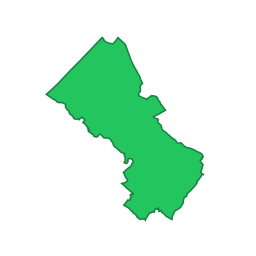 Bang Bo, Samut Prakan, Thailand, rotated 294°
{"feature_id": "78962969B88692242384139", "entity_name": "Bang Bo", "entity_type": "district", "adm_level": 2, "iso_a3": "THA", "parent_name": "Thailand", "parent_adm1": "Samut Prakan", "projection": "albers", "projection_center": [100.852, 13.588], "detail": "fine", "context": "isolated", "style": "filled", "palette": "green", "viewbox_px": 256, "rotation_deg": 294, "n_neighbors": 0, "source": "geoboundaries", "source_scale": "gbopen_adm2", "svg_char_len": 5806}
<svg xmlns="http://www.w3.org/2000/svg" viewBox="0 0 256 256"><g transform="rotate(294 128 128)"><path d="M185.8,62.5L181.2,60.8L179.4,60.2L179.0,59.9L178.6,59.9L174.9,58.5L170.2,56.9L158.2,52.3L153.8,50.8L151.2,49.8L149.4,49.2L147.8,48.6L146.1,48.1L144.7,47.5L140.9,46.3L138.6,45.4L125.7,39.8L125.5,39.7L124.4,45.3L124.3,46.6L123.9,47.5L124.0,48.6L123.8,49.7L123.9,50.6L122.8,53.2L122.9,53.9L123.7,55.8L124.4,58.1L124.4,58.8L124.2,61.1L124.1,61.4L123.4,61.8L122.9,62.0L121.9,62.1L121.5,63.0L120.4,63.9L120.3,64.3L119.9,65.3L119.5,66.8L119.4,67.1L118.9,67.5L117.9,68.1L117.2,69.0L116.9,69.7L116.7,71.3L116.1,73.1L115.5,73.6L115.3,74.3L114.8,74.5L114.6,75.1L114.6,75.7L114.9,76.5L115.0,77.2L115.7,78.4L115.9,78.9L115.9,79.2L115.6,79.9L116.3,80.1L118.4,81.2L119.1,81.5L118.8,81.7L118.3,84.2L118.4,84.5L118.1,85.3L114.6,84.6L114.4,85.7L114.4,86.2L113.9,87.5L112.9,89.8L112.6,89.8L112.3,90.5L111.8,92.0L111.0,91.7L110.9,92.1L110.4,92.1L110.4,92.3L110.4,92.8L110.4,93.1L109.9,93.7L109.5,93.6L109.3,93.2L109.2,93.1L108.9,93.1L108.6,93.3L108.8,94.0L108.5,94.8L108.4,95.0L108.7,95.4L108.7,95.5L108.4,96.0L108.3,96.5L107.9,96.9L107.7,97.3L107.9,97.9L108.1,98.6L107.6,99.0L107.3,99.5L106.7,100.0L106.6,100.3L106.6,100.8L106.6,101.7L106.7,102.0L107.1,102.4L107.1,103.0L107.6,103.2L107.6,103.6L107.7,103.9L108.1,103.8L108.7,103.9L109.4,104.0L109.7,104.2L110.2,104.5L110.3,104.9L110.7,105.1L110.8,105.4L111.1,105.6L111.2,106.0L110.8,106.6L109.5,109.1L109.2,109.5L109.2,109.8L109.3,110.5L109.8,111.5L109.9,112.4L110.6,113.3L110.7,113.6L110.8,114.4L110.6,115.2L110.6,116.1L110.5,116.5L110.2,117.2L109.5,117.7L109.4,117.8L108.5,119.9L108.1,120.4L106.5,121.5L105.7,122.9L105.5,123.3L105.2,124.3L105.1,125.4L103.1,131.0L103.0,133.8L103.1,134.6L103.3,135.3L102.6,135.3L101.7,135.5L101.2,136.0L100.9,136.6L100.4,137.0L98.3,138.1L97.9,138.2L97.6,138.5L97.2,138.7L96.7,138.8L96.1,138.7L95.6,138.4L95.3,138.4L95.0,138.6L94.8,138.8L94.7,139.0L94.7,139.6L94.9,140.7L95.2,141.2L95.6,141.4L96.4,141.6L97.2,141.6L98.5,141.2L100.1,140.6L101.1,143.0L101.1,143.5L100.9,144.6L100.7,145.1L100.5,145.4L99.5,146.2L99.0,146.3L98.0,146.3L97.3,146.2L95.8,146.2L94.2,146.0L93.5,145.8L92.7,145.2L89.3,143.5L85.3,141.9L85.1,142.4L84.5,143.2L83.5,144.2L82.4,145.5L81.9,145.9L81.5,146.7L81.1,147.7L80.6,148.8L79.4,148.7L77.9,148.1L77.2,148.0L76.8,147.7L75.2,145.2L74.8,144.8L73.7,148.2L72.5,151.7L72.1,153.1L70.1,159.6L69.1,159.4L69.0,158.0L68.2,157.3L67.9,157.1L67.7,157.2L67.4,157.5L66.9,158.0L66.6,158.9L64.4,158.6L63.9,159.0L63.4,159.1L62.8,159.1L62.7,158.7L62.3,157.8L62.3,157.2L55.8,155.5L55.6,157.0L55.4,159.1L55.0,161.7L54.4,163.1L53.7,164.3L53.6,164.8L53.7,165.3L53.7,165.5L52.5,167.0L52.4,167.4L52.3,167.9L52.4,168.3L52.1,169.7L52.1,170.4L51.5,170.8L51.1,171.5L50.6,172.2L50.1,173.2L50.0,173.5L50.0,174.0L49.7,174.4L49.7,175.4L49.5,175.9L49.5,176.5L50.9,178.0L51.0,178.2L50.9,178.9L51.4,179.7L51.6,179.9L51.4,180.4L50.9,181.3L51.3,181.2L56.1,181.8L59.6,182.3L59.7,183.0L60.0,183.8L61.6,184.8L61.7,185.0L61.8,185.3L61.7,185.9L61.9,186.3L62.1,186.3L62.3,186.3L63.6,185.7L64.9,185.7L65.0,185.8L65.3,187.0L65.7,187.8L65.8,187.9L66.3,187.9L66.6,188.0L67.0,188.0L67.3,188.3L66.3,188.9L65.5,189.6L64.8,189.8L64.4,190.1L64.5,190.2L66.0,191.8L65.6,191.9L65.4,192.2L65.1,192.4L64.8,193.0L64.8,193.5L64.5,194.0L64.5,194.8L64.3,195.1L64.2,195.6L62.7,199.3L62.8,200.1L62.7,200.6L62.8,200.8L62.6,202.2L62.4,202.9L62.3,205.4L64.9,204.5L70.5,204.5L70.9,204.6L71.7,205.0L75.9,207.8L76.6,208.2L81.4,208.9L82.2,208.8L84.1,208.2L85.1,207.9L87.8,207.7L88.1,207.8L88.2,208.2L88.5,208.4L89.2,209.3L89.5,209.3L90.1,209.0L91.4,208.9L92.0,209.0L93.1,209.2L94.7,209.9L95.8,210.5L103.8,213.1L106.6,213.4L107.0,213.2L107.4,212.8L107.5,212.7L107.8,212.7L108.8,213.4L109.2,213.6L111.2,213.9L113.2,214.4L114.9,214.5L115.4,214.7L115.6,214.8L115.8,215.2L116.0,215.4L115.8,216.3L116.2,215.8L116.3,215.1L116.4,214.1L116.6,213.7L116.7,213.2L117.0,212.8L117.1,212.3L117.6,212.4L118.2,212.4L118.4,212.2L119.8,212.3L122.1,212.0L123.2,211.7L124.2,211.5L124.9,211.5L125.0,211.4L125.9,210.1L126.0,209.2L127.3,207.3L128.9,207.9L129.3,208.0L130.1,208.3L130.4,207.6L132.5,208.4L132.7,207.7L133.8,206.8L134.0,206.6L134.5,204.7L134.7,203.5L134.5,200.7L134.6,200.0L134.9,198.5L134.9,197.6L134.9,193.7L134.8,192.7L134.4,191.3L134.0,188.6L134.2,187.5L134.6,185.9L134.8,185.3L135.5,184.2L135.7,183.2L135.9,182.6L136.0,182.3L135.8,181.9L134.6,180.5L134.4,180.1L134.4,179.5L134.7,178.6L135.9,176.7L136.4,175.3L137.1,171.1L137.7,169.7L137.8,169.2L138.1,168.3L138.6,166.6L139.2,165.0L139.7,163.0L139.9,161.7L140.1,160.9L140.1,160.3L140.3,159.9L140.6,159.6L141.3,159.2L142.4,158.4L143.8,157.2L143.9,156.9L144.9,154.1L145.4,153.0L145.7,152.7L145.9,152.5L146.3,152.4L147.6,152.3L147.9,152.2L148.2,151.9L148.3,151.6L148.4,151.1L148.0,148.8L148.0,147.8L148.1,147.3L148.5,146.6L148.9,146.9L154.2,151.2L157.7,153.7L159.5,155.1L159.8,154.6L160.5,153.0L161.0,152.2L161.4,151.3L162.4,150.1L162.7,149.0L162.8,148.6L163.4,147.8L164.1,147.3L165.1,146.2L165.6,144.5L166.0,144.0L167.0,143.3L167.3,143.0L168.1,141.5L168.2,140.9L168.2,140.0L167.7,138.4L167.4,137.2L167.3,136.8L166.9,136.2L166.2,135.6L164.5,134.8L163.2,134.0L162.6,133.7L161.8,133.7L161.9,131.6L161.9,131.1L161.6,129.6L161.6,128.6L161.9,125.8L161.9,124.4L163.1,124.0L164.2,123.9L165.1,124.0L166.3,124.3L166.8,124.3L167.2,124.2L167.6,124.0L169.5,123.1L170.5,122.4L171.3,122.3L172.4,122.3L173.4,122.6L174.5,123.1L174.8,123.1L177.2,119.9L179.3,118.3L179.6,118.0L185.9,109.6L187.7,107.2L190.6,103.8L191.5,102.9L196.9,97.7L202.5,92.3L203.0,91.7L203.3,91.3L204.2,88.9L206.5,82.0L202.5,81.3L199.0,80.1L198.8,80.0L198.7,79.9L198.3,78.6L197.7,75.4L197.6,74.3L197.6,73.5L198.0,71.5L198.0,71.1L198.0,70.6L198.6,70.3L199.0,70.0L199.6,69.1L200.2,67.6L192.0,64.6L188.7,63.5L187.0,62.8L185.8,62.5Z" fill="#22c55e" stroke="#15803d" stroke-width="1.5"/></g></svg>